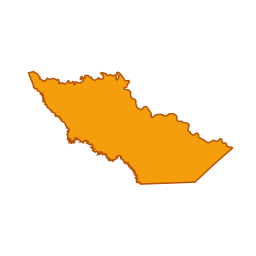 outline of Puerto Guzmán, Putumayo, Colombia, rotated 8°
{"feature_id": "7082276B85477944676343", "entity_name": "Puerto Guzmán", "entity_type": "district", "adm_level": 2, "iso_a3": "COL", "parent_name": "Colombia", "parent_adm1": "Putumayo", "projection": "albers", "projection_center": [-76.142, 0.756], "detail": "fine", "context": "isolated", "style": "filled", "palette": "amber", "viewbox_px": 256, "rotation_deg": 8, "n_neighbors": 0, "source": "geoboundaries", "source_scale": "gbopen_adm2", "svg_char_len": 5778}
<svg xmlns="http://www.w3.org/2000/svg" viewBox="0 0 256 256"><g transform="rotate(8 128 128)"><path d="M26.9,85.2L21.8,87.3L28.9,99.8L28.6,100.5L29.7,101.7L30.3,101.7L30.3,102.0L32.3,101.7L32.9,103.4L35.9,104.7L36.7,105.7L37.1,105.7L37.0,106.1L37.7,105.9L37.1,106.5L37.9,106.5L38.0,107.3L38.5,107.1L38.4,107.6L38.9,107.5L39.0,108.6L39.4,108.3L39.3,108.6L39.7,108.7L39.9,109.8L40.5,110.1L39.9,110.5L40.3,110.7L39.9,111.0L40.0,112.0L40.7,112.0L40.3,112.5L40.9,112.4L40.7,113.0L41.1,112.7L41.6,114.1L42.1,114.0L42.1,114.5L43.1,115.6L42.6,116.1L43.9,116.5L43.7,116.8L44.7,117.3L45.3,118.9L46.3,119.4L47.3,119.3L47.6,120.2L48.6,120.9L49.6,120.9L49.3,121.6L50.4,122.8L51.7,122.7L52.8,123.2L53.1,123.8L53.4,123.7L54.2,124.6L54.4,125.3L54.1,125.8L54.6,126.4L55.8,126.5L55.9,126.1L56.4,126.4L56.7,126.1L57.8,126.6L57.9,126.3L58.7,127.7L59.0,127.5L58.9,128.0L60.1,128.4L60.5,129.1L61.1,129.1L61.1,130.1L63.1,131.2L64.1,131.3L65.8,133.3L66.0,134.3L66.9,134.7L67.4,136.5L69.2,136.7L70.1,138.0L69.8,138.7L69.5,138.1L69.4,138.8L68.9,139.0L69.8,139.9L69.6,140.4L68.8,140.2L69.3,141.1L68.6,142.4L69.2,142.8L68.8,143.4L69.7,144.6L69.8,147.4L70.8,147.8L71.0,148.1L70.5,148.1L71.0,148.4L71.3,147.7L70.8,146.4L71.3,146.5L71.6,147.5L72.5,147.0L72.5,148.4L73.1,149.1L71.5,149.7L71.9,150.8L72.9,150.8L73.2,149.9L74.2,150.9L74.7,150.4L73.6,149.6L73.8,149.4L76.4,150.4L76.4,149.9L74.5,148.5L74.9,148.4L76.6,149.3L77.1,149.1L77.2,148.3L76.2,148.2L76.6,147.3L76.6,145.7L77.0,146.1L77.4,145.7L77.5,146.1L78.2,145.4L78.0,146.4L78.6,146.7L79.2,145.8L79.9,146.3L80.6,145.9L81.5,147.1L82.9,147.1L83.1,148.1L82.8,148.4L84.3,148.1L85.9,148.9L86.1,148.8L85.8,148.5L86.7,146.3L87.3,146.7L87.1,147.4L88.2,146.2L89.0,146.6L88.4,146.8L88.5,147.0L89.4,147.2L90.0,146.8L89.7,146.6L89.8,146.4L90.6,147.0L90.9,146.3L90.5,147.9L89.9,147.5L89.6,148.3L90.0,148.5L89.6,148.8L92.1,149.6L92.9,149.3L93.2,149.6L92.5,149.8L92.7,150.0L93.9,149.6L93.8,149.1L95.1,149.6L95.1,150.1L95.8,150.4L95.9,150.9L95.4,151.2L95.0,151.0L95.5,151.5L95.1,152.0L94.0,152.1L94.9,153.0L95.5,152.9L96.0,153.2L96.3,153.0L95.8,152.6L96.6,152.7L96.6,153.8L97.6,153.5L96.8,154.9L97.3,155.4L96.7,155.5L98.9,156.5L99.5,155.6L100.2,155.5L100.7,155.9L101.1,155.4L101.5,155.6L101.7,156.7L102.7,157.0L101.8,157.5L101.6,158.5L102.2,158.1L102.8,158.4L103.7,158.0L104.0,156.9L103.9,155.3L105.2,155.6L105.5,157.0L106.0,156.7L106.0,157.4L106.6,157.9L106.8,157.5L106.4,157.2L106.4,156.5L107.9,157.1L108.5,156.8L108.8,157.5L109.2,157.5L109.5,156.6L109.9,157.0L109.3,157.6L110.1,157.9L110.0,158.8L110.4,159.0L110.5,158.4L110.9,158.5L110.6,159.8L111.9,160.7L111.9,160.3L112.9,160.1L113.3,160.6L113.5,161.3L113.0,161.7L113.4,161.9L113.8,161.5L113.8,162.4L113.2,162.4L113.8,163.0L115.1,162.6L114.4,162.1L115.3,161.7L115.5,162.2L116.4,162.3L117.3,163.0L117.6,162.2L118.2,162.4L118.4,161.8L118.0,161.3L119.2,161.3L120.4,160.3L120.8,159.8L120.7,158.9L121.4,159.3L121.4,158.7L121.0,158.5L121.4,157.4L122.4,157.6L123.0,156.3L123.8,156.2L124.3,156.8L124.4,156.2L125.1,159.0L125.6,158.6L125.4,159.3L126.1,159.3L126.6,160.2L128.0,160.3L128.7,162.4L130.0,163.0L130.1,162.7L129.4,162.4L130.1,162.0L131.3,162.6L131.0,163.4L133.0,162.6L132.9,163.3L133.4,163.8L133.1,164.3L133.6,164.4L133.6,164.9L133.9,164.8L134.1,165.4L134.4,164.8L134.8,165.8L135.6,165.6L136.6,166.5L136.5,167.0L136.0,166.9L136.8,167.6L136.6,168.0L137.5,168.3L137.7,167.2L139.2,169.0L139.6,168.7L139.7,169.3L139.3,169.6L140.3,169.8L139.6,170.4L140.4,170.7L140.4,171.3L140.9,171.2L140.6,171.9L141.2,171.6L141.7,172.2L141.6,173.1L142.2,173.1L141.7,173.7L142.6,174.0L143.3,173.6L143.7,174.1L143.7,174.5L142.9,174.6L143.1,175.9L142.3,176.3L143.5,177.2L144.4,176.9L143.6,177.9L144.1,178.8L143.7,179.1L144.3,179.4L143.8,179.7L144.3,179.6L144.2,180.3L144.6,180.1L144.6,180.5L145.2,180.7L147.0,180.0L147.1,181.0L147.8,181.2L148.2,181.8L201.8,172.3L218.5,151.6L234.2,133.4L234.2,133.1L233.4,132.8L228.8,132.5L228.2,132.0L228.1,130.7L227.1,129.6L226.0,129.4L224.5,129.8L223.2,128.8L222.6,127.1L221.6,125.7L220.5,126.0L218.9,128.5L218.2,128.9L214.3,128.2L211.0,130.8L209.8,131.1L207.4,131.0L205.5,129.6L199.7,127.5L199.1,126.9L198.9,124.9L197.2,123.4L196.2,123.7L193.9,126.1L193.0,125.9L190.8,124.7L190.1,123.5L187.8,122.5L187.8,117.6L188.3,116.6L187.9,116.0L186.3,115.0L182.6,114.9L181.1,114.5L180.3,113.9L177.3,114.3L176.0,114.0L175.2,113.2L175.0,110.5L174.1,109.0L171.2,107.5L167.1,108.1L164.6,110.3L163.5,110.9L158.3,109.9L155.1,110.6L153.2,111.5L150.7,114.2L149.7,114.1L149.1,113.1L149.3,111.5L148.4,109.7L143.4,104.3L141.9,104.3L141.0,104.7L139.5,107.3L138.5,108.0L136.0,107.4L133.8,106.1L132.4,103.0L131.9,99.8L130.9,98.9L127.3,97.6L126.1,95.9L125.7,92.4L124.8,91.1L123.1,90.4L119.3,90.1L118.4,89.5L118.6,88.7L121.0,87.6L121.1,85.4L122.9,82.4L122.3,80.9L120.3,81.5L118.3,81.3L113.7,76.2L111.8,74.7L110.4,74.2L109.4,74.7L109.3,75.5L110.0,76.4L111.3,77.1L111.8,78.4L111.3,80.9L110.6,81.9L109.3,81.3L109.2,78.2L108.4,77.2L107.2,77.5L106.0,78.5L102.9,77.6L101.2,78.7L100.0,78.5L98.5,77.3L94.2,76.7L93.5,77.3L93.6,78.1L95.4,78.7L96.7,80.9L96.6,82.0L95.8,83.0L93.8,83.3L92.8,83.1L91.8,82.3L90.4,84.3L88.0,85.4L87.0,85.2L85.2,83.9L84.5,82.8L83.7,83.4L81.1,81.5L78.2,82.1L78.0,82.8L78.5,83.7L78.3,84.3L76.7,84.9L75.6,83.7L74.9,83.5L74.4,84.0L73.9,85.7L74.1,86.4L74.7,86.6L75.8,85.5L76.7,85.5L77.4,86.4L77.0,87.7L76.0,88.3L74.6,90.0L72.1,90.1L69.3,89.6L69.0,90.5L69.8,92.0L69.4,92.6L68.6,92.6L67.8,91.9L67.0,89.7L66.5,89.9L65.7,91.1L64.1,91.8L63.6,91.4L63.3,90.0L62.5,89.3L61.9,89.8L61.4,91.5L59.3,93.1L58.6,93.2L56.4,92.4L53.6,93.7L53.0,93.3L53.7,91.9L52.9,91.2L52.5,89.9L51.8,89.8L50.9,90.7L50.0,89.9L46.5,89.3L44.3,90.8L41.2,90.0L39.9,92.0L39.8,93.0L39.3,93.2L38.4,92.8L37.3,93.3L35.3,91.9L33.8,91.8L33.7,89.7L32.7,89.5L32.2,88.5L30.1,86.7L28.3,86.4L26.9,85.2Z" fill="#f59e0b" stroke="#b45309" stroke-width="1.5"/></g></svg>